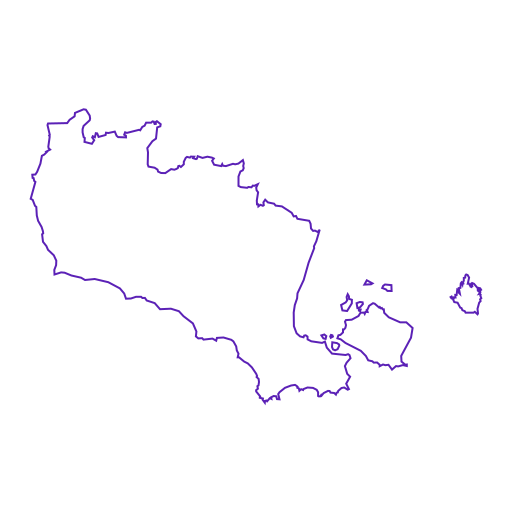 outline of Bangka Selatan, Bangka-Belitung, Indonesia
{"feature_id": "22746128B19321376976921", "entity_name": "Bangka Selatan", "entity_type": "district", "adm_level": 2, "iso_a3": "IDN", "parent_name": "Indonesia", "parent_adm1": "Bangka-Belitung", "projection": "natural_earth1", "projection_center": [106.566, -2.786], "detail": "fine", "context": "isolated", "style": "outline", "palette": "violet", "viewbox_px": 512, "rotation_deg": 0, "n_neighbors": 0, "source": "geoboundaries", "source_scale": "gbopen_adm2", "svg_char_len": 6072}
<svg xmlns="http://www.w3.org/2000/svg" viewBox="0 0 512 512"><path d="M319.7,229.7L317.7,232.0L315.0,230.6L313.1,230.9L311.0,228.5L310.6,223.8L309.2,220.8L297.4,218.8L296.0,216.0L293.7,216.4L291.7,212.8L281.9,206.4L275.6,205.6L274.1,203.7L267.9,202.4L265.2,199.7L263.4,202.4L263.8,205.2L262.9,205.8L260.5,204.8L258.4,206.4L258.2,204.3L257.0,204.3L256.8,200.5L258.1,192.3L256.6,190.3L256.2,187.6L257.8,184.2L254.3,185.8L252.8,185.6L251.5,187.3L248.4,187.0L247.2,187.8L240.8,187.1L238.5,185.9L238.5,176.5L240.4,171.5L242.8,170.3L243.7,168.1L243.2,166.0L243.8,163.4L242.9,160.1L238.4,163.6L235.2,164.3L233.0,163.8L225.9,166.1L222.9,165.7L222.2,164.1L221.2,166.1L214.1,164.7L212.1,160.8L213.8,158.5L211.9,157.6L207.4,156.7L202.5,157.9L197.7,156.2L196.9,158.7L196.0,159.1L193.1,158.2L194.1,156.7L190.8,156.6L189.9,157.6L187.0,156.9L185.7,157.9L183.8,161.8L183.8,164.3L180.9,167.0L179.4,165.8L178.3,166.1L177.9,168.0L176.5,168.9L174.4,169.7L171.1,169.1L165.3,173.1L161.1,173.0L158.1,171.6L157.5,169.6L154.6,167.7L148.5,166.6L147.7,164.3L148.0,152.4L147.3,148.1L152.4,141.2L156.0,138.6L157.2,127.4L160.3,126.3L160.7,124.2L156.9,121.2L155.8,121.9L155.8,123.9L154.6,124.0L153.7,121.6L152.5,121.4L151.1,122.7L146.1,122.7L144.6,125.7L142.3,126.9L140.2,130.3L139.1,129.8L126.9,132.9L125.1,132.3L124.2,134.7L125.9,135.7L126.0,137.4L118.1,137.1L116.6,135.8L114.8,131.6L108.4,133.0L106.0,132.7L105.6,135.0L98.6,136.9L97.2,133.4L95.8,133.2L94.9,137.2L92.8,136.2L92.2,137.5L94.2,140.2L91.9,143.8L84.5,141.9L84.8,138.0L83.7,137.2L82.6,132.4L82.6,129.1L83.6,125.9L89.7,120.3L90.1,118.6L89.7,115.6L85.9,109.7L83.6,109.3L75.0,112.9L74.6,116.3L69.6,119.8L67.2,123.1L48.0,123.5L47.5,125.1L49.8,134.9L49.1,135.5L49.7,136.7L48.3,146.7L48.6,148.2L50.1,149.6L46.3,151.6L46.8,152.0L44.2,154.6L41.9,155.8L40.4,163.7L37.1,171.9L35.4,174.5L32.3,174.7L32.6,177.9L33.6,178.1L34.2,180.9L35.4,181.9L30.7,198.8L32.7,199.9L35.0,205.8L36.3,206.9L36.8,215.5L38.1,220.8L41.6,227.0L42.9,231.1L43.2,233.3L42.1,234.3L43.0,241.8L46.4,246.1L48.0,249.8L53.8,255.3L56.3,260.7L56.1,265.2L54.3,269.9L54.5,274.5L61.1,272.4L64.6,272.7L71.4,275.5L81.1,277.7L85.0,280.0L94.7,279.0L108.3,282.2L119.9,288.4L124.2,293.5L126.0,298.7L130.9,298.5L136.0,296.8L141.1,296.8L142.4,298.0L144.9,297.9L146.7,300.5L154.7,303.1L160.0,309.2L170.9,308.7L178.9,311.2L183.5,316.2L192.9,323.4L196.4,331.5L195.9,336.4L198.3,338.4L202.2,338.2L203.5,339.6L212.5,338.6L216.2,340.7L216.9,337.9L223.5,337.5L231.3,339.8L233.4,341.4L236.2,346.4L236.8,350.4L238.5,353.7L237.7,357.3L239.0,357.3L244.2,361.6L247.8,363.4L251.9,367.4L256.2,373.8L257.1,376.0L256.6,377.0L258.6,378.9L259.0,382.0L258.5,385.4L257.4,386.2L257.9,388.7L256.1,390.2L256.2,391.5L260.1,396.3L260.3,397.0L259.8,397.3L259.8,397.8L262.9,398.5L262.6,399.7L264.8,402.7L265.0,400.9L266.4,400.5L267.1,401.3L269.8,398.2L271.4,398.9L271.1,397.3L273.7,396.0L276.2,396.3L277.0,399.1L279.5,399.3L278.2,394.1L279.5,392.2L285.0,387.8L291.1,385.5L295.0,384.9L296.6,385.9L297.6,386.8L297.3,387.7L298.9,388.5L299.4,390.8L301.1,389.2L303.1,390.0L303.4,389.1L307.5,387.5L313.0,387.9L316.7,389.8L318.1,392.2L318.1,396.0L318.8,396.4L320.4,396.3L321.2,395.0L321.6,395.6L323.6,393.1L328.0,390.9L329.6,391.0L330.5,392.6L334.2,393.0L335.9,394.6L336.6,392.7L337.8,392.4L338.2,390.9L341.5,388.0L344.2,387.5L347.7,389.7L348.9,389.1L346.2,383.7L350.1,376.7L347.2,373.8L344.9,366.1L346.6,362.7L350.5,358.2L349.5,355.1L348.1,354.2L345.6,355.0L332.0,353.6L326.8,347.6L324.9,341.6L322.1,342.9L311.3,341.3L307.6,339.4L307.5,336.6L305.7,335.3L304.2,335.6L303.5,337.3L300.1,336.4L296.6,333.3L293.9,326.2L293.7,312.5L294.8,305.1L297.1,298.4L297.5,293.3L303.7,280.0L308.6,262.7L314.2,248.1L313.9,246.4L316.3,241.3L319.7,229.7ZM373.0,303.2L369.1,305.8L367.7,309.1L366.1,310.6L367.1,310.3L367.6,312.0L365.6,311.8L364.7,313.9L364.0,312.6L360.5,312.7L358.5,316.0L351.7,319.7L345.9,320.1L345.0,321.7L346.0,325.1L345.4,327.8L344.1,329.4L343.0,329.4L343.0,332.4L340.4,334.9L338.4,335.3L337.4,338.3L340.7,339.3L345.5,343.0L360.8,350.8L365.9,356.0L368.2,360.3L372.4,361.3L373.7,362.6L377.1,362.5L379.7,364.8L379.7,366.2L383.0,364.5L385.4,365.2L388.5,364.8L392.0,369.6L396.0,366.1L398.2,366.4L402.9,365.1L406.8,366.0L406.8,364.5L405.3,364.7L401.5,361.6L401.2,355.9L411.0,337.7L412.6,328.0L406.3,322.3L400.1,322.3L388.8,317.3L384.2,312.8L383.8,309.3L382.8,309.3L381.9,308.0L381.0,308.4L379.8,307.0L379.2,307.6L374.7,303.7L373.0,303.2ZM467.6,275.0L466.2,274.5L465.4,275.4L465.2,277.6L463.8,277.9L463.8,280.8L463.0,281.9L463.6,284.5L462.7,282.2L462.4,284.6L461.4,282.5L460.8,283.3L460.4,287.9L458.8,288.1L459.9,293.8L459.0,292.9L458.5,289.8L457.3,289.3L456.6,295.0L455.3,294.9L455.5,297.5L454.3,297.4L453.2,299.7L454.3,302.1L457.6,302.7L460.2,307.6L461.5,308.1L462.4,310.2L464.8,311.2L465.6,312.7L473.5,312.7L474.8,311.8L477.5,314.3L478.0,313.5L477.5,308.8L479.2,302.6L480.6,301.1L480.1,299.3L481.3,298.2L480.3,295.6L480.7,294.8L479.9,293.7L479.1,293.9L480.4,292.1L479.4,290.0L478.5,289.9L478.4,291.1L477.8,290.6L477.7,288.2L474.0,283.8L472.3,283.1L471.9,284.0L472.5,287.1L471.3,285.5L471.2,286.9L470.5,286.6L470.0,284.9L471.0,284.8L470.8,284.0L469.7,285.0L468.7,283.4L467.8,283.6L469.1,277.6L467.6,275.0ZM348.9,296.3L347.7,294.2L346.6,297.0L347.2,300.3L345.7,302.4L341.1,305.0L342.4,310.4L347.1,311.0L351.8,303.4L351.9,299.8L349.1,298.9L348.9,296.3ZM391.4,285.1L385.0,284.5L383.2,285.8L382.2,288.0L385.9,289.4L387.4,290.9L391.6,291.0L391.4,285.1ZM337.0,343.1L332.3,342.3L332.0,347.0L333.0,349.4L335.1,350.3L337.6,349.2L339.3,345.6L339.1,344.5L337.0,343.1ZM359.8,302.0L356.6,303.2L357.4,308.0L360.0,307.4L362.9,304.0L362.6,302.3L359.8,302.0ZM372.5,283.4L366.8,280.3L364.4,284.6L371.0,284.3L372.5,283.4ZM324.3,334.5L321.4,335.4L323.4,338.4L325.6,338.9L326.3,336.1L324.3,334.5ZM332.4,335.3L331.0,334.9L330.2,336.4L330.8,337.8L332.9,336.6L332.4,335.3ZM360.1,311.1L360.6,309.6L358.8,309.6L358.9,310.6L360.1,311.1ZM480.2,288.3L479.0,288.0L479.1,289.1L480.4,290.3L481.1,289.8L480.2,288.3ZM451.6,296.5L450.6,297.1L451.5,298.4L452.3,298.0L452.0,299.1L452.7,297.4L452.4,297.9L451.6,296.5Z" fill="none" stroke="#5b21b6" stroke-width="2"/></svg>